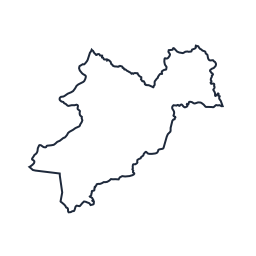 Song Hinh, Phú Yên, Vietnam (Albers equal-area conic projection), rotated 283°
{"feature_id": "81297802B28811761284346", "entity_name": "Song Hinh", "entity_type": "district", "adm_level": 2, "iso_a3": "VNM", "parent_name": "Vietnam", "parent_adm1": "Phú Yên", "projection": "albers", "projection_center": [108.948, 12.905], "detail": "fine", "context": "isolated", "style": "outline", "palette": "slate", "viewbox_px": 256, "rotation_deg": 283, "n_neighbors": 0, "source": "geoboundaries", "source_scale": "gbopen_adm2", "svg_char_len": 5860}
<svg xmlns="http://www.w3.org/2000/svg" viewBox="0 0 256 256"><g transform="rotate(283 128 128)"><path d="M48.6,111.3L48.9,109.8L49.2,109.6L50.0,110.4L51.8,108.8L52.4,107.1L52.4,106.5L52.7,106.2L53.2,106.7L54.4,107.3L55.9,107.1L56.7,107.3L58.1,107.0L58.5,107.1L59.4,108.9L60.1,109.2L61.9,108.8L62.6,109.3L63.2,108.9L64.7,110.0L66.0,110.1L66.4,110.5L66.9,111.7L67.2,113.2L68.2,114.8L69.8,116.5L70.2,118.3L70.9,119.9L72.5,121.6L74.4,122.9L74.6,124.7L75.3,127.3L75.8,130.4L78.0,131.1L79.8,133.2L80.1,136.1L81.5,140.3L83.1,143.1L84.1,144.1L84.8,144.4L85.2,144.3L85.6,143.8L85.9,142.9L86.3,142.7L87.7,142.7L88.7,141.6L89.2,141.6L89.8,141.8L91.6,141.2L93.3,141.1L93.9,141.4L94.3,143.3L95.7,144.6L96.5,144.9L97.8,144.4L99.1,144.4L100.5,145.9L101.3,147.1L102.7,147.4L104.4,148.9L104.9,149.1L106.3,149.2L107.9,150.0L108.7,150.6L108.8,151.1L107.6,153.2L107.6,154.6L108.2,157.2L109.3,160.2L110.0,161.4L110.8,162.1L112.4,162.5L113.4,162.5L113.8,162.8L114.3,163.5L115.6,166.5L116.6,167.1L128.2,167.7L130.9,168.2L134.0,170.1L135.0,170.1L137.7,169.5L145.0,169.6L146.3,170.2L147.0,171.4L147.6,171.3L148.9,171.8L149.2,171.7L149.5,171.4L149.9,169.9L150.3,169.5L152.2,169.7L153.4,169.5L154.2,169.2L155.3,168.4L156.5,167.1L157.5,166.5L158.6,166.4L159.4,166.6L160.4,167.2L160.8,170.3L161.5,170.9L161.7,171.5L161.2,172.6L161.2,173.3L162.3,173.8L162.9,174.7L162.8,175.4L161.3,177.4L160.9,178.5L161.2,179.4L162.2,180.6L162.8,180.9L163.1,180.9L164.2,180.0L164.7,180.1L164.6,181.3L164.7,181.5L166.9,181.6L167.5,182.4L167.6,183.6L167.5,184.9L167.1,185.7L166.8,187.0L167.1,187.9L168.7,190.5L169.1,192.5L169.0,193.8L167.8,196.5L166.2,198.7L166.1,199.3L167.2,204.4L167.4,206.3L167.8,206.9L169.9,208.4L170.2,208.9L170.2,210.4L170.8,212.0L170.3,214.3L170.6,215.3L175.1,212.4L175.6,212.0L176.2,211.2L177.1,210.3L178.3,210.0L179.5,210.2L179.8,208.9L181.6,208.6L181.9,208.0L179.2,206.4L178.9,206.0L179.1,205.6L181.4,205.0L182.9,204.0L183.9,202.9L184.5,202.5L185.1,202.7L185.9,203.1L187.0,203.2L187.5,203.1L188.3,202.4L189.1,202.4L190.0,202.2L190.3,202.0L190.5,201.5L190.4,200.8L189.8,199.2L189.9,198.9L190.7,198.3L191.1,198.4L191.8,198.8L192.4,198.8L193.5,197.8L194.8,197.7L196.9,198.2L198.0,197.9L198.8,198.6L199.4,198.7L200.1,198.1L200.5,196.8L201.2,196.2L201.9,195.2L202.6,195.0L203.2,195.2L204.8,196.6L205.7,198.0L207.9,199.3L208.4,199.4L209.5,199.5L210.7,199.1L212.0,197.8L212.4,196.5L213.1,195.8L213.1,195.3L212.3,192.9L212.4,192.1L212.6,191.6L213.2,190.9L214.2,190.2L217.0,189.0L217.4,188.5L218.1,187.0L219.5,186.3L219.9,185.7L220.0,185.2L220.2,183.1L221.0,181.8L221.3,180.4L222.3,179.1L223.4,178.1L223.5,175.6L222.4,175.6L221.9,176.0L221.1,175.8L220.3,175.1L218.8,172.8L216.9,172.5L216.6,172.0L215.9,170.0L215.9,168.6L215.2,166.7L214.2,165.7L213.3,164.6L213.1,160.9L213.5,158.7L215.7,155.4L216.0,154.9L216.0,154.5L216.0,154.2L215.7,154.0L214.3,153.8L214.1,153.4L213.0,150.2L211.5,150.2L211.0,150.5L209.7,152.0L209.3,152.2L208.9,152.4L207.4,152.2L205.5,151.4L204.9,150.9L204.5,150.4L204.3,149.7L204.3,148.4L203.9,148.1L203.0,148.1L200.7,148.5L198.5,149.5L197.7,150.1L196.3,151.7L195.8,151.9L193.8,152.0L193.4,151.8L192.8,150.2L191.5,148.8L190.8,148.3L190.1,148.3L188.5,149.0L188.3,148.9L188.1,147.5L187.8,147.1L186.5,146.4L184.6,145.7L183.7,145.8L182.6,145.0L179.5,143.6L178.7,143.6L176.4,144.2L175.7,144.2L174.9,143.7L173.5,143.6L173.3,143.4L173.7,142.1L174.3,139.0L174.3,137.8L174.0,137.0L174.0,135.5L174.4,135.3L174.5,134.6L175.6,134.2L177.0,133.0L177.1,132.4L176.8,131.7L176.9,131.3L177.8,130.4L178.3,129.7L179.5,129.8L180.5,129.5L180.8,128.3L181.6,126.6L182.6,125.8L182.8,125.3L183.5,124.9L183.1,122.4L182.7,121.5L182.0,120.9L182.3,119.9L181.7,119.2L182.2,118.5L182.7,117.4L182.9,116.3L183.2,115.8L183.4,114.5L184.4,112.5L184.5,112.1L184.2,111.4L184.3,111.1L185.0,110.7L185.4,110.2L185.4,109.3L186.1,109.0L186.6,108.3L186.7,106.2L186.2,105.8L186.0,105.1L185.6,104.9L185.4,104.5L185.4,103.5L185.0,101.3L185.1,99.7L185.5,99.0L186.2,98.5L186.4,97.6L186.7,97.2L188.4,96.3L189.5,94.7L189.9,93.2L189.3,92.8L189.1,92.5L189.8,92.3L190.1,92.1L190.1,91.8L189.5,90.1L189.5,89.1L190.9,87.9L190.9,86.8L192.7,86.5L192.7,86.3L192.4,85.1L192.4,84.4L193.3,83.6L193.4,83.4L193.4,82.6L193.1,81.8L192.1,81.0L192.0,80.5L192.8,79.7L193.0,78.9L193.2,78.5L194.0,77.9L194.4,77.3L195.3,76.6L195.5,75.8L196.1,75.0L194.3,74.7L192.8,74.0L185.6,73.4L184.2,73.1L182.0,72.1L180.3,71.1L180.0,70.5L180.0,69.6L177.4,66.9L176.4,66.8L175.2,66.9L173.2,68.1L171.0,70.9L170.4,72.1L169.7,74.4L169.3,75.0L168.5,75.4L167.3,75.4L166.0,75.3L163.9,74.8L162.8,74.0L159.3,69.8L157.5,68.4L154.5,67.5L151.6,66.2L150.0,64.5L147.9,61.6L144.9,58.9L144.1,57.9L143.3,55.7L142.7,55.2L142.0,54.8L140.8,54.8L139.9,55.3L139.0,56.8L138.8,57.4L138.8,59.1L137.8,60.2L137.4,62.0L136.4,63.7L136.1,64.7L136.2,65.2L137.6,68.1L138.1,70.6L139.1,72.6L139.0,73.5L138.7,74.0L138.2,74.3L136.2,74.4L135.4,74.6L135.0,74.9L134.3,76.4L133.7,77.3L133.3,77.4L131.7,77.5L130.3,78.0L129.6,78.5L129.1,79.2L128.5,80.5L127.1,80.7L125.2,81.8L123.1,81.5L120.6,80.6L119.8,80.6L119.1,80.4L118.5,80.0L116.1,76.8L113.9,74.9L111.1,71.8L109.6,70.7L107.6,70.2L105.7,69.3L104.6,68.6L104.1,68.0L103.9,67.4L100.2,64.4L98.6,62.2L96.4,60.7L94.9,59.4L93.9,57.1L92.6,53.3L92.2,52.8L91.0,52.5L90.5,51.7L90.4,50.0L91.6,47.0L91.5,45.9L91.3,45.5L91.0,45.3L88.0,44.7L85.1,45.0L83.6,44.8L82.4,44.3L80.5,42.8L79.3,42.5L76.8,41.5L76.1,41.5L75.7,41.8L75.1,43.5L74.5,44.2L73.6,44.4L72.6,44.3L71.8,43.9L70.8,43.3L68.5,41.4L67.9,40.7L65.7,44.7L65.7,47.4L68.3,71.7L65.9,72.4L50.4,78.4L41.3,78.8L41.0,79.1L40.5,80.3L39.0,83.2L38.0,84.5L36.7,85.6L36.5,86.1L36.6,86.5L36.1,87.4L35.3,87.8L33.3,88.4L32.5,89.1L33.0,90.7L33.3,91.3L34.4,92.5L34.9,93.9L35.4,94.2L36.5,94.4L39.5,94.6L40.1,94.9L40.8,95.5L40.9,98.2L41.2,98.7L44.7,100.5L46.5,101.7L46.6,103.5L46.3,105.0L46.1,106.7L45.9,107.4L44.5,108.9L45.6,111.1L46.2,111.6L47.2,111.6L48.6,111.3Z" fill="none" stroke="#1e293b" stroke-width="2"/></g></svg>